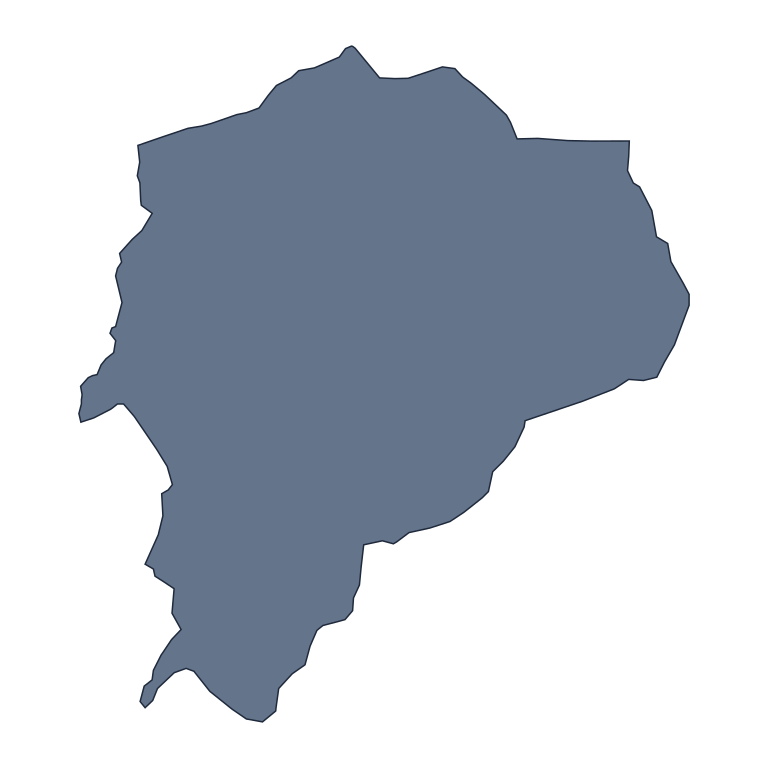 Mbam-et-Kim, Centre, Cameroon (Natural Earth projection)
{"feature_id": "32672807B95944109326060", "entity_name": "Mbam-et-Kim", "entity_type": "district", "adm_level": 2, "iso_a3": "CMR", "parent_name": "Cameroon", "parent_adm1": "Centre", "projection": "natural_earth1", "projection_center": [11.781, 5.302], "detail": "fine", "context": "isolated", "style": "filled", "palette": "slate", "viewbox_px": 768, "rotation_deg": 0, "n_neighbors": 0, "source": "geoboundaries", "source_scale": "gbopen_adm2", "svg_char_len": 2101}
<svg xmlns="http://www.w3.org/2000/svg" viewBox="0 0 768 768"><path d="M355.1,48.2L352.7,46.4L351.4,46.1L345.5,48.6L339.3,57.1L334.2,59.3L314.4,67.9L298.7,70.7L291.1,77.9L276.4,85.5L270.5,92.6L267.7,96.1L259.0,108.0L246.4,112.7L236.8,114.6L211.2,123.5L201.5,126.1L188.0,128.3L163.7,136.5L149.5,141.4L137.9,145.4L139.7,162.2L137.3,175.8L139.9,182.8L140.7,200.5L141.3,205.3L152.2,213.3L141.9,230.5L132.2,239.4L119.6,253.4L121.6,262.1L117.5,268.3L115.6,275.9L122.0,302.5L115.6,326.6L111.9,328.0L110.0,333.3L115.7,340.6L114.8,345.7L113.7,352.6L106.1,358.7L101.1,364.9L97.1,374.6L92.5,375.6L89.7,377.0L88.3,377.6L80.6,386.3L82.1,394.7L81.8,397.1L81.4,399.7L81.4,403.9L78.9,413.6L80.9,422.2L82.3,421.7L93.8,417.9L110.7,409.2L112.5,407.9L117.4,404.0L123.6,404.0L133.9,416.0L135.0,417.5L156.2,448.6L157.1,450.0L167.2,466.4L172.4,484.6L169.1,488.8L168.3,489.9L161.7,493.7L162.9,515.8L158.7,533.0L158.4,534.5L145.1,564.2L153.4,569.0L155.0,576.2L164.1,582.0L174.1,588.7L172.0,613.2L181.1,629.5L172.0,639.1L171.2,640.1L162.7,652.8L161.2,654.9L153.4,670.3L152.1,679.9L144.2,686.1L140.1,701.5L145.1,707.7L152.7,700.5L157.5,688.5L174.2,672.7L186.1,668.4L194.0,671.3L194.9,672.5L209.9,691.4L231.0,708.3L232.0,709.1L246.4,719.0L249.0,719.4L262.5,721.9L275.7,711.0L276.1,707.2L278.7,688.5L287.5,678.9L292.3,673.7L305.0,664.8L310.1,646.1L316.9,630.4L319.8,628.0L322.9,625.5L338.2,621.5L345.0,619.6L352.6,610.7L353.5,597.9L355.3,594.0L359.4,585.1L359.8,581.2L361.1,567.4L363.7,544.8L382.4,540.8L393.4,543.8L396.8,541.8L409.0,532.6L429.9,528.0L450.0,521.5L464.0,512.2L482.2,497.8L488.4,491.6L492.7,471.7L503.3,461.2L514.9,446.8L524.1,427.1L525.1,420.7L582.6,401.2L614.4,388.8L628.7,379.4L643.5,380.5L656.8,377.2L664.4,362.2L674.4,344.9L689.1,305.3L689.1,294.3L683.5,283.7L670.9,261.6L667.7,243.5L656.5,236.8L651.8,210.5L639.6,186.9L633.3,183.0L627.5,170.6L628.7,156.5L629.3,141.0L591.9,141.1L567.9,140.6L537.8,138.4L517.1,138.9L510.5,122.4L506.4,115.1L484.5,94.4L471.4,83.4L462.6,77.0L454.9,68.6L442.4,66.9L428.8,71.5L408.1,78.3L394.9,78.6L379.6,77.9L355.1,48.2Z" fill="#64748b" stroke="#1e293b" stroke-width="1.5"/></svg>